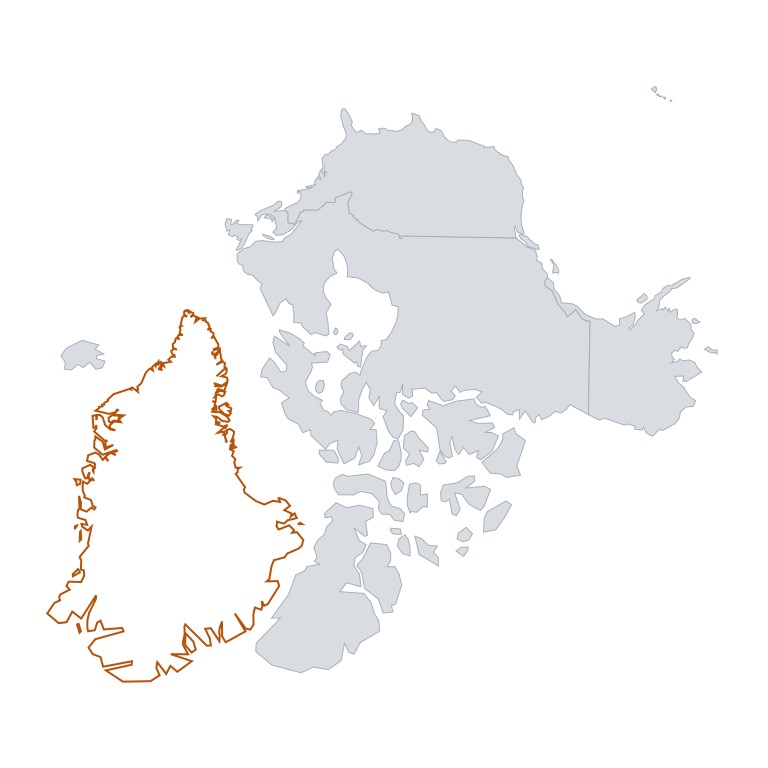 map of Greenland with Canada, United States of America and Iceland greyed out, rotated 181°
{"feature_id": "GRL", "entity_name": "Greenland", "entity_type": "country or territory", "adm_level": 0, "iso_a3": "GRL", "parent_name": "North America", "parent_adm1": "", "projection": "mercator", "projection_center": [-41.68, 71.708], "detail": "fine", "context": "with_neighbors", "style": "outline", "palette": "amber", "viewbox_px": 768, "rotation_deg": 181, "n_neighbors": 3, "source": "natural_earth", "source_scale": "50m", "svg_char_len": 18365}
<svg xmlns="http://www.w3.org/2000/svg" viewBox="0 0 768 768"><g transform="rotate(181 384 384)"><path d="M254.4,532.3L242.9,523.2L235.3,520.5L233.0,514.6L233.6,510.4L228.3,507.5L227.6,502.0L222.6,496.8L222.5,493.2L224.8,489.7L224.7,485.0L217.6,480.3L210.8,465.9L204.2,459.0L202.0,454.8L197.8,457.5L193.8,462.0L187.2,453.1L183.2,450.7L179.1,450.5L179.1,357.0L197.7,366.6L201.4,361.7L206.4,358.1L212.5,359.5L218.8,354.2L225.6,351.2L228.4,356.2L231.5,353.4L232.4,347.6L235.3,349.0L242.3,359.8L247.8,351.6L248.4,360.8L253.5,358.8L255.1,355.3L260.1,356.0L266.4,361.0L276.1,365.3L281.9,367.3L285.9,366.5L291.5,372.3L285.7,377.8L293.2,380.2L304.4,378.9L307.9,377.0L312.3,383.5L316.8,378.0L312.6,373.3L315.3,369.4L323.7,367.7L327.0,370.5L331.2,376.5L335.8,375.7L343.1,380.6L355.6,379.2L355.2,372.2L358.9,370.3L365.3,374.1L365.3,384.5L367.9,375.7L371.2,376.0L373.1,364.6L368.7,357.4L363.8,352.5L364.2,338.6L369.1,329.1L374.5,331.3L378.7,337.0L384.4,351.2L380.7,357.2L388.4,359.6L388.4,371.4L393.9,362.4L398.9,369.8L397.7,378.1L401.7,385.5L406.0,377.6L409.0,367.9L409.3,355.0L421.3,357.7L426.9,363.5L427.1,369.3L424.0,375.3L426.9,381.2L426.4,386.4L418.3,393.8L412.5,395.4L408.2,392.2L407.0,397.4L401.8,410.2L397.0,416.7L391.0,417.3L387.8,421.3L387.5,427.3L382.7,428.4L377.6,435.7L373.1,445.5L371.5,452.1L371.2,461.6L377.3,463.0L381.1,476.2L386.9,474.7L394.7,478.0L398.8,480.9L401.8,484.4L411.4,489.5L422.7,490.7L422.1,496.9L423.3,503.9L426.4,511.6L432.5,518.0L435.7,515.8L438.0,508.9L435.8,497.9L432.9,494.1L439.5,490.8L444.2,485.6L446.5,480.4L446.2,475.3L443.4,468.8L438.3,462.8L443.2,454.3L441.4,446.7L440.0,433.1L442.9,431.0L454.3,434.3L457.7,432.0L466.7,440.1L468.0,443.5L475.4,444.1L475.2,451.2L476.6,461.6L480.4,462.8L483.4,467.5L489.4,463.1L493.4,454.1L496.1,450.3L509.4,477.1L507.7,481.9L513.2,486.1L516.9,490.3L523.6,492.1L526.2,494.4L527.9,500.4L531.1,501.4L532.8,504.0L533.1,511.7L527.1,516.6L520.2,518.9L515.0,524.3L508.0,525.3L499.1,524.0L488.6,524.4L485.1,529.0L479.8,531.8L469.1,545.7L472.6,544.7L479.3,536.7L488.0,531.4L494.2,530.8L497.8,533.9L493.9,538.1L496.6,549.3L502.0,552.2L508.8,551.4L513.0,544.6L513.3,549.0L516.0,551.2L510.8,555.0L497.5,560.9L492.9,565.0L489.7,564.6L489.6,559.7L496.8,554.9L485.5,555.8L482.8,552.5L482.8,544.3L481.0,542.5L478.2,543.5L476.8,541.9L473.7,546.5L470.9,553.9L467.8,555.1L467.4,556.6L453.5,556.6L446.7,562.3L445.4,564.6L437.5,564.6L435.6,565.5L436.6,568.9L431.1,571.7L426.9,572.6L422.0,575.6L419.1,573.9L423.3,564.9L421.6,554.6L417.3,551.8L417.8,550.7L416.0,550.0L415.0,547.6L413.1,548.1L413.3,547.5L412.3,546.9L411.9,545.3L397.4,536.6L393.7,538.4L387.2,536.8L383.9,537.6L379.8,535.7L372.7,534.3L371.4,533.3L370.7,529.8L369.3,529.8L369.3,532.3L254.4,532.3ZM415.6,431.9L418.7,427.7L424.4,427.8L424.3,429.6L419.4,434.5L416.5,434.3L415.6,431.9ZM433.1,317.0L428.5,309.5L428.7,304.2L440.2,304.8L447.4,312.8L447.7,316.7L433.1,317.0ZM430.9,435.2L432.5,432.5L434.2,432.7L435.2,434.5L433.6,439.2L431.8,438.4L430.9,435.2ZM375.7,284.4L373.4,290.6L367.4,289.4L362.4,285.3L364.6,278.0L370.5,273.5L374.2,279.3L375.7,284.4ZM374.7,240.0L365.1,239.3L364.0,233.9L372.3,234.1L375.2,237.8L374.7,240.0ZM362.6,214.8L367.6,222.1L366.5,229.4L360.3,233.5L357.0,228.9L355.2,221.3L354.9,212.5L362.6,214.8ZM398.3,293.7L380.6,286.7L378.7,269.5L374.5,262.0L365.9,259.8L361.1,254.3L362.7,246.8L371.2,247.9L375.8,253.8L384.0,253.8L387.6,259.7L386.6,266.3L394.0,274.1L405.7,276.3L412.3,272.6L427.5,272.4L431.9,278.7L432.9,285.3L430.3,289.5L424.1,292.9L418.8,291.0L398.3,293.7ZM302.4,227.5L308.3,230.6L306.9,236.5L299.2,242.1L293.0,235.9L296.4,229.6L302.4,227.5ZM301.5,213.0L309.1,218.3L304.0,222.3L297.1,222.3L297.2,219.3L301.5,213.0ZM534.2,515.4L528.4,527.1L531.2,524.9L533.9,526.3L532.5,528.5L536.2,530.3L538.1,528.7L542.2,530.7L540.9,535.3L543.8,534.2L545.7,541.4L543.9,546.7L539.3,545.8L540.2,540.8L539.0,540.1L534.2,545.4L531.8,545.1L534.7,542.3L530.7,540.8L518.2,541.0L517.6,539.1L520.1,537.0L518.3,535.3L521.8,531.5L526.1,521.2L528.7,517.4L532.3,515.1L534.2,515.4ZM413.6,404.3L425.4,413.3L425.7,417.8L428.8,417.1L431.7,420.2L428.1,423.2L421.6,420.9L419.3,416.7L409.2,426.5L407.8,421.1L402.2,422.0L405.8,417.3L407.8,400.6L410.8,401.5L411.5,405.9L413.6,404.3ZM437.3,323.3L441.2,317.8L456.1,331.2L456.6,336.9L464.4,333.9L468.7,342.2L478.7,347.1L482.3,352.1L486.2,363.3L478.6,368.6L488.4,376.0L495.0,378.4L500.9,388.3L507.5,389.1L506.2,396.4L498.9,408.0L493.8,403.8L487.3,394.0L481.9,395.3L481.4,401.1L493.1,414.0L495.8,423.3L494.3,429.9L478.7,420.0L488.9,433.4L489.6,436.5L478.3,433.0L469.4,427.8L464.4,423.3L465.8,420.7L453.6,411.1L453.7,413.9L441.7,415.5L438.2,412.2L440.9,405.0L457.2,403.5L455.8,399.9L457.3,394.8L462.7,384.6L459.9,376.0L453.6,370.5L445.2,366.6L447.8,363.7L443.4,356.4L439.8,355.7L436.5,351.5L434.3,355.1L426.7,356.7L411.6,354.0L396.1,348.5L392.7,344.2L397.0,338.3L391.1,338.3L389.8,324.9L393.0,312.4L397.3,306.5L408.0,302.6L404.9,312.0L408.2,320.8L412.0,309.4L422.6,303.4L429.7,318.3L429.1,327.2L437.3,323.3ZM372.0,297.6L380.6,298.1L388.6,301.8L382.4,314.7L377.4,317.5L373.0,327.7L368.2,327.2L365.6,315.1L365.7,308.0L367.9,301.7L372.0,297.6ZM254.4,265.5L261.4,252.2L269.9,240.1L282.0,237.6L281.4,252.0L278.2,258.3L260.0,269.2L254.4,265.5ZM213.5,498.6L217.4,498.0L216.2,506.0L219.8,511.5L218.2,511.4L212.0,503.0L211.3,499.9L211.5,497.7L213.5,498.6ZM326.4,203.1L345.8,214.0L350.5,232.4L343.8,230.2L336.9,223.6L327.7,222.9L331.7,216.7L326.7,211.5L326.4,203.1ZM251.6,535.3L249.5,536.2L242.7,533.4L241.5,531.1L237.8,528.9L237.0,527.1L232.8,525.9L231.2,522.4L231.5,520.9L242.3,524.0L245.8,529.2L249.9,531.9L251.6,535.3ZM259.8,292.8L265.7,296.0L276.3,296.8L284.8,307.4L269.4,321.0L264.3,330.5L264.3,336.2L253.4,342.4L251.2,336.8L241.6,329.8L249.8,304.4L245.8,295.2L259.8,292.8ZM316.7,270.2L320.4,267.3L324.8,268.1L325.5,276.3L323.0,284.0L308.9,286.5L298.5,293.3L292.2,293.6L291.6,288.6L300.2,281.5L281.5,283.4L275.7,280.5L281.4,264.1L285.3,259.2L296.9,265.1L304.3,275.1L311.6,276.4L305.6,260.1L309.4,253.5L313.7,255.6L316.7,270.2ZM322.1,313.2L326.8,318.9L330.7,341.2L345.1,353.3L344.7,358.6L337.8,359.5L340.5,364.0L339.1,368.3L324.5,363.3L311.8,368.0L293.9,370.7L291.7,365.3L286.0,362.2L282.3,363.5L277.2,354.1L297.7,349.1L289.6,346.2L274.9,346.9L272.7,342.3L282.3,337.2L275.9,337.4L268.7,333.9L275.0,318.4L286.2,309.8L290.4,312.5L288.3,319.1L297.6,314.9L303.3,321.9L308.0,314.8L311.8,319.4L315.2,332.7L317.3,327.2L314.3,313.0L318.0,310.9L322.1,313.2ZM347.4,318.4L342.8,309.1L347.7,302.0L352.7,305.1L360.1,303.2L361.1,307.5L357.3,314.4L363.5,320.4L362.8,332.6L356.0,337.6L352.0,336.6L349.1,331.6L338.8,321.1L338.9,316.7L347.4,318.4ZM321.8,305.6L327.4,305.0L330.5,308.2L326.9,317.6L320.4,307.6L321.8,305.6ZM355.4,254.9L358.6,263.1L358.7,271.9L356.8,284.1L350.0,285.8L345.5,283.2L345.6,273.6L338.8,274.9L338.5,261.7L343.0,262.2L349.2,256.2L355.1,257.2L355.4,254.9ZM362.8,183.2L368.6,164.2L372.8,162.4L371.0,156.3L380.7,154.9L386.0,169.0L399.8,179.2L403.0,195.0L408.0,202.3L402.3,208.9L394.7,224.8L378.7,223.6L374.3,215.1L374.3,207.3L377.6,201.3L370.0,201.5L365.5,193.9L362.8,183.2ZM384.1,136.8L403.2,125.2L409.3,113.4L414.5,115.1L419.0,124.0L422.1,106.6L435.0,97.4L449.9,99.7L461.9,93.8L491.0,100.9L507.5,114.2L507.3,122.7L483.4,148.1L492.4,148.0L475.9,171.8L468.8,191.7L460.2,195.6L457.6,200.2L445.0,202.6L450.7,205.4L447.8,209.3L451.3,219.8L447.3,226.9L440.9,232.6L439.0,240.2L433.2,245.9L433.7,250.1L440.8,249.3L440.9,253.8L429.8,264.5L419.0,259.6L406.8,262.4L392.8,259.3L392.3,250.6L399.9,246.4L397.9,232.6L400.4,231.2L411.5,239.6L405.9,227.0L399.1,223.0L402.5,214.9L409.8,209.8L411.0,202.1L405.2,193.2L403.4,180.9L418.0,184.6L424.5,175.6L400.6,174.3L393.3,165.6L389.8,154.8L385.0,146.7L384.1,136.8ZM452.0,382.8L449.3,386.0L444.7,386.5L443.6,381.3L445.4,375.1L449.2,373.5L452.4,376.6L452.0,382.8ZM364.7,359.7L367.2,364.2L364.7,368.2L359.1,364.7L355.7,366.0L350.0,360.7L356.6,351.8L364.7,359.7ZM496.4,526.7L497.8,526.1L503.3,527.8L507.5,530.4L507.7,531.6L500.3,529.7L496.4,526.7ZM498.5,544.4L499.9,547.4L506.8,548.0L504.8,550.5L503.2,550.9L498.0,548.3L496.9,546.3L498.5,544.4Z" fill="#d9dde1" stroke="#a8b0b8" stroke-width="1"/><path d="M254.4,532.3L369.3,532.3L369.3,529.8L370.7,529.8L371.4,533.3L372.7,534.3L379.8,535.7L383.9,537.6L387.2,536.8L393.7,538.4L397.4,536.6L411.9,545.3L412.3,546.9L413.3,547.5L413.1,548.1L415.0,547.6L416.0,550.0L417.8,550.7L417.3,551.8L421.6,554.6L423.3,564.9L419.2,573.3L419.6,574.7L421.0,575.6L436.6,568.9L435.6,565.5L437.5,564.6L445.4,564.6L446.7,562.3L453.5,556.6L467.4,556.6L467.8,555.1L470.9,553.9L473.7,546.5L476.8,541.9L478.2,543.5L481.0,542.5L482.8,544.3L482.8,552.5L486.3,557.7L473.2,564.2L470.3,568.9L470.2,571.9L471.6,574.9L473.3,575.0L472.9,573.0L474.1,574.2L473.8,575.8L461.7,578.1L458.3,579.7L464.4,578.7L465.6,579.7L459.8,581.3L457.1,581.4L457.3,580.7L456.0,582.2L457.2,582.4L456.3,586.3L453.3,590.5L453.0,589.1L450.7,587.5L451.6,590.4L452.6,591.3L452.7,593.3L449.0,599.6L449.9,595.8L447.8,593.8L447.3,589.3L446.5,591.7L447.4,595.0L444.7,594.2L447.5,595.9L447.7,600.9L448.9,601.2L449.9,608.1L447.3,611.9L443.0,613.4L440.2,616.3L438.2,616.7L436.1,618.5L435.5,620.2L430.9,623.4L426.6,628.6L426.0,632.0L426.7,635.4L429.9,642.8L430.0,644.9L431.9,650.3L431.6,655.2L430.6,658.0L429.3,658.6L427.3,658.0L426.6,656.0L425.1,655.0L420.3,645.6L421.2,642.4L420.0,639.8L416.8,635.9L415.2,635.1L411.0,637.3L408.2,634.8L405.6,633.6L400.9,634.2L397.2,633.7L392.4,634.8L393.1,636.1L393.0,638.0L393.9,638.9L393.1,639.6L391.6,638.9L390.0,639.8L387.0,639.6L383.9,637.1L380.3,637.7L377.3,636.6L371.2,638.0L367.4,641.6L363.3,643.6L361.0,645.8L360.1,647.9L360.1,651.2L361.0,655.0L359.4,655.1L353.2,652.6L351.2,647.2L348.7,644.5L345.2,638.5L342.3,636.6L338.9,636.7L336.3,640.5L332.8,639.0L330.7,637.6L328.3,632.5L322.2,627.1L315.0,627.1L315.0,629.1L303.4,629.1L287.7,623.3L288.1,622.3L278.1,623.2L277.4,620.7L274.7,617.9L272.8,617.3L272.3,615.8L270.0,615.6L268.5,614.2L264.7,613.7L263.6,612.9L263.1,610.1L259.1,605.0L255.6,597.8L255.8,596.6L250.7,590.4L250.2,586.0L247.9,583.1L248.9,578.5L248.7,573.8L247.4,569.5L249.0,564.1L250.0,553.5L249.3,545.5L246.7,537.4L247.3,536.2L253.3,538.3L255.5,544.1L256.5,542.5L254.4,532.3ZM179.1,357.0L179.1,450.5L183.2,450.7L187.2,453.1L193.8,462.0L197.8,457.5L202.0,454.8L204.2,459.0L210.8,465.9L217.6,480.3L224.7,485.0L224.8,489.7L222.5,493.2L216.5,488.1L215.4,481.7L210.0,475.5L207.8,468.2L197.2,467.5L192.3,465.2L183.8,456.9L172.5,452.4L166.8,453.1L153.7,445.6L149.1,447.4L149.9,453.2L142.8,455.5L134.6,460.0L134.0,455.2L135.9,447.0L140.3,444.3L139.1,442.2L133.9,447.0L131.0,452.5L125.0,458.4L128.1,462.3L124.2,468.0L115.5,473.7L114.5,477.0L108.0,481.0L106.7,484.5L101.9,487.6L99.0,487.0L87.5,494.0L80.4,496.0L79.7,494.8L92.7,485.2L97.9,484.4L99.9,481.3L105.7,476.8L109.7,472.5L110.4,466.6L112.5,461.9L107.7,464.3L106.4,462.9L104.1,465.8L101.4,461.8L100.3,464.7L98.8,460.7L94.6,463.9L92.1,463.9L91.7,459.1L92.5,456.1L89.8,453.1L84.4,454.7L78.0,448.8L78.0,444.0L74.8,440.3L76.4,435.3L79.8,430.3L81.3,425.6L84.7,424.9L87.5,426.4L90.8,421.9L93.9,422.7L97.0,419.8L96.3,415.5L93.9,413.8L97.0,410.1L90.0,412.3L88.8,414.4L85.5,412.3L79.6,413.4L73.6,411.1L71.8,407.1L66.6,401.3L81.7,392.0L85.1,392.0L84.5,397.2L93.3,396.8L89.9,390.4L84.8,386.4L77.9,376.3L72.2,372.7L74.5,366.8L81.8,366.4L87.1,361.1L88.1,355.3L92.3,349.5L104.2,342.5L108.0,343.4L114.4,336.5L120.7,339.3L123.7,345.0L125.5,342.5L132.5,343.3L132.3,346.2L138.6,348.3L142.9,347.1L162.8,353.7L168.3,351.7L179.1,357.0ZM51.5,419.7L54.1,421.5L56.7,420.5L64.2,424.2L60.7,427.2L55.9,423.5L52.3,424.0L51.3,423.2L51.5,419.7ZM119.3,681.1L121.8,683.6L118.1,686.2L117.1,685.6L116.5,682.7L117.4,681.5L117.4,680.2L119.3,681.1ZM116.8,678.0L115.1,678.9L113.9,677.3L114.3,676.9L116.8,678.0ZM113.7,676.2L113.5,676.7L111.3,676.6L111.6,676.0L113.7,676.2ZM108.4,673.8L110.0,675.6L109.7,675.8L108.0,675.6L107.3,674.4L108.4,673.8ZM102.9,671.6L102.5,673.1L101.1,672.2L101.9,671.5L102.9,671.6ZM73.4,449.8L76.7,450.6L77.1,453.8L74.5,455.1L69.3,451.3L73.4,449.8ZM128.3,469.4L131.1,469.9L132.8,472.4L125.1,478.9L123.0,477.0L122.3,473.4L128.3,469.4Z" fill="#d9dde1" stroke="#a8b0b8" stroke-width="1"/><path d="M703.9,393.3L702.9,399.9L707.6,406.8L702.2,414.2L686.7,422.4L669.7,418.0L673.7,413.8L664.7,409.1L672.1,407.2L671.9,404.3L663.2,401.9L666.0,395.3L672.3,393.8L678.7,400.7L685.0,395.2L690.3,398.1L697.0,392.6L703.9,393.3Z" fill="#d9dde1" stroke="#a8b0b8" stroke-width="1"/><path d="M639.8,81.8L657.1,92.8L631.4,98.9L631.2,102.4L659.9,96.4L662.6,106.0L670.6,108.9L674.8,115.3L668.2,123.8L640.1,132.1L641.5,135.5L659.8,133.7L663.3,142.4L666.6,140.4L668.9,132.8L675.6,131.6L676.4,135.6L676.4,142.6L674.9,149.9L668.4,163.7L668.2,167.6L682.7,144.2L691.7,151.0L697.2,140.3L705.0,139.2L716.7,148.7L709.6,159.5L704.1,162.0L705.1,165.2L703.9,168.0L694.6,172.9L698.0,176.5L695.7,180.9L683.5,180.7L680.5,186.7L680.8,192.3L683.8,193.2L683.6,202.0L685.3,205.8L676.4,217.1L677.2,219.2L673.9,236.3L677.5,232.3L683.2,236.1L684.0,238.7L678.3,238.1L680.2,242.9L687.6,244.9L688.2,247.3L688.0,251.2L686.9,254.1L679.1,251.2L674.4,255.4L671.4,253.5L670.3,255.6L673.3,257.5L674.9,262.8L681.7,265.5L681.3,267.6L683.2,271.7L683.6,276.1L683.1,281.2L679.1,279.0L674.3,283.7L671.9,282.2L674.1,284.7L677.0,282.9L677.8,287.2L676.8,289.6L677.5,289.9L679.4,284.5L681.2,284.5L684.1,291.3L684.1,294.4L676.4,298.0L673.0,295.9L673.8,292.3L672.9,291.0L672.9,293.7L671.4,295.3L672.0,296.5L671.4,298.7L672.3,299.8L679.6,301.9L678.5,307.6L671.4,310.4L667.7,308.6L663.9,303.2L661.7,305.6L658.2,301.9L661.3,306.5L656.0,310.6L651.0,308.0L654.0,310.7L649.7,312.3L650.6,313.3L664.0,308.4L672.7,315.4L672.5,322.6L671.7,323.4L671.6,326.5L664.2,321.3L661.9,313.7L653.5,318.3L661.1,315.7L661.6,321.2L659.5,322.7L662.1,322.4L673.0,331.5L670.7,334.7L670.8,336.2L671.1,338.0L671.6,335.6L673.8,335.0L674.8,347.1L671.2,347.9L671.0,342.9L670.0,348.2L667.3,348.0L664.6,345.6L662.2,338.3L656.7,333.7L651.7,333.0L656.9,334.9L657.6,337.7L653.2,341.8L646.3,341.2L648.0,343.2L647.3,345.5L643.5,348.1L654.1,348.7L649.5,353.2L650.5,353.7L652.0,351.1L658.2,349.3L672.0,352.3L668.3,355.0L668.5,356.1L665.1,356.7L665.6,358.5L663.3,358.6L663.3,360.3L659.6,362.4L660.0,363.5L654.2,369.1L638.8,374.5L636.6,374.0L637.1,375.4L635.6,376.1L630.0,371.9L630.6,373.9L629.8,374.4L630.6,376.8L626.7,380.5L622.6,390.5L620.4,393.5L618.1,395.4L615.3,393.5L616.3,396.6L613.2,399.7L612.5,397.9L612.0,400.1L610.3,399.3L607.5,402.1L606.4,400.9L609.4,394.9L605.8,394.0L607.5,395.3L605.9,399.0L604.3,397.9L605.6,400.9L597.4,402.5L599.9,404.6L597.1,407.5L593.6,407.7L594.1,409.3L595.4,408.8L597.4,413.1L594.9,415.5L591.6,414.8L595.6,416.4L595.9,420.2L593.8,422.2L593.5,424.4L592.4,426.4L589.1,425.0L591.4,427.2L590.2,429.3L585.9,429.5L589.2,430.9L588.5,434.6L589.4,437.2L587.4,438.4L588.5,438.7L586.9,446.6L585.5,448.7L581.9,448.1L584.8,449.8L585.2,452.5L584.4,453.7L581.7,452.8L583.0,454.2L581.9,454.6L579.8,453.7L580.6,450.8L579.0,452.9L575.8,451.4L575.9,449.9L577.5,449.2L578.4,447.5L575.8,449.3L573.0,447.9L572.7,446.5L573.8,442.8L569.6,446.2L564.2,446.6L565.9,444.6L563.3,444.6L563.2,443.0L561.1,442.2L560.6,440.1L559.6,439.5L560.0,438.7L559.2,436.9L561.5,435.2L558.2,435.9L558.5,433.9L555.3,431.7L555.4,429.5L557.5,426.5L555.0,428.6L550.5,421.0L550.2,417.6L555.6,415.6L554.6,415.7L554.8,414.7L550.2,416.7L549.6,415.7L551.5,412.3L553.8,411.1L555.2,411.1L556.6,413.4L556.1,410.9L554.5,410.3L552.7,406.0L553.6,410.0L551.6,411.6L551.9,410.1L551.4,410.4L548.7,415.6L547.3,406.5L546.1,404.8L552.1,400.3L546.1,403.4L543.4,402.1L543.8,398.2L542.6,397.5L551.6,388.8L544.0,395.9L541.6,396.4L541.6,393.7L542.5,391.3L546.7,388.9L541.3,387.7L540.5,386.1L540.9,383.1L546.2,379.4L554.1,381.9L551.8,380.1L552.6,378.9L546.9,378.5L541.1,381.7L543.6,374.4L550.0,376.1L551.8,372.4L547.5,374.3L542.6,373.4L544.0,369.9L545.8,368.8L549.9,370.8L551.9,370.0L553.3,367.8L551.5,368.4L552.1,363.9L555.4,363.4L552.2,363.0L553.3,357.6L555.2,356.0L554.6,354.4L555.3,353.2L547.3,352.9L540.0,348.4L537.8,344.9L539.4,343.4L545.0,344.3L550.3,348.2L553.8,348.7L551.2,346.3L551.4,343.0L549.3,341.0L552.4,341.1L544.2,338.8L543.7,337.1L549.3,332.3L542.4,333.7L543.6,330.6L542.8,330.9L540.8,324.1L541.5,323.1L540.3,323.7L542.3,329.5L540.0,332.6L540.2,335.2L537.2,336.4L533.4,334.0L533.1,332.2L534.6,326.6L536.6,323.2L533.5,325.6L533.3,324.0L534.7,323.3L533.4,321.9L536.2,320.3L537.0,316.1L533.1,314.1L534.7,309.6L531.3,306.2L532.4,303.2L530.8,297.7L526.6,297.8L528.8,296.3L528.8,293.1L530.7,291.6L521.1,278.4L522.4,275.9L521.3,272.8L510.2,264.8L501.5,261.4L492.9,265.3L485.8,264.2L487.5,267.9L486.8,268.1L480.6,266.0L475.8,260.6L481.5,256.1L474.1,252.9L474.9,249.9L471.1,253.0L468.9,248.4L477.9,246.1L481.4,242.7L488.6,244.5L488.4,242.4L489.1,240.1L486.8,236.7L476.3,241.0L471.3,236.2L473.2,233.7L468.4,234.3L462.0,226.7L463.4,220.8L466.8,217.8L477.8,212.8L480.4,208.9L491.0,205.9L493.2,200.0L495.3,186.9L497.8,184.6L486.8,185.1L485.3,180.2L496.4,161.8L499.7,160.3L502.5,164.8L501.7,159.6L502.7,156.2L509.2,158.2L510.6,151.1L510.2,141.1L513.4,136.1L518.1,137.1L529.2,152.0L518.2,134.2L537.8,123.0L541.4,128.8L541.9,143.8L544.0,137.5L544.5,132.5L543.8,130.1L544.1,123.9L552.9,136.8L558.5,136.1L553.7,126.5L552.5,119.6L556.5,119.2L578.5,140.2L579.3,138.2L578.9,130.6L580.5,122.5L580.2,119.2L575.1,110.3L592.5,110.2L571.3,103.5L585.6,92.7L592.7,98.4L596.7,90.3L605.8,101.9L606.7,96.3L603.3,88.9L612.2,82.8L639.8,81.8ZM543.0,351.1L548.2,355.9L548.8,358.3L541.1,362.4L539.3,360.7L541.5,360.0L540.8,359.1L536.2,357.0L536.8,354.2L538.7,354.3L536.6,352.0L538.5,349.7L543.0,351.1ZM658.6,342.1L658.7,345.5L655.3,348.0L647.8,347.6L649.5,342.2L653.6,342.7L657.0,340.6L658.6,342.1ZM578.0,131.2L570.1,123.1L567.6,115.1L571.6,112.1L577.7,118.9L578.4,121.4L578.0,131.2ZM691.9,188.4L686.7,193.6L684.7,190.5L691.6,186.3L691.9,188.4ZM689.4,277.5L689.9,280.8L691.9,283.5L685.7,283.0L685.9,278.9L689.4,277.5ZM687.0,266.8L684.9,260.0L685.0,255.3L686.4,256.3L687.0,266.8ZM535.8,317.2L533.5,320.4L530.9,318.2L535.0,316.5L535.8,317.2ZM686.7,138.2L685.1,138.8L682.7,131.4L684.0,130.0L686.7,138.2ZM552.4,358.9L551.5,359.0L551.0,355.3L553.8,355.4L552.4,358.9ZM685.3,231.1L684.7,231.8L684.0,223.6L685.5,222.0L685.3,231.1ZM467.7,242.4L465.3,243.8L463.3,242.5L467.7,242.4ZM542.4,339.2L540.5,340.1L540.2,339.5L541.8,337.3L542.4,339.2ZM690.5,236.4L688.5,237.1L690.7,233.4L690.5,236.4ZM572.4,445.1L571.7,447.5L570.0,446.5L572.4,445.1ZM549.7,343.0L547.8,342.8L547.7,342.4L548.5,341.4L549.7,343.0ZM610.8,401.4L609.8,402.7L609.7,401.1L610.8,401.4Z" fill="none" stroke="#b45309" stroke-width="2"/></g></svg>